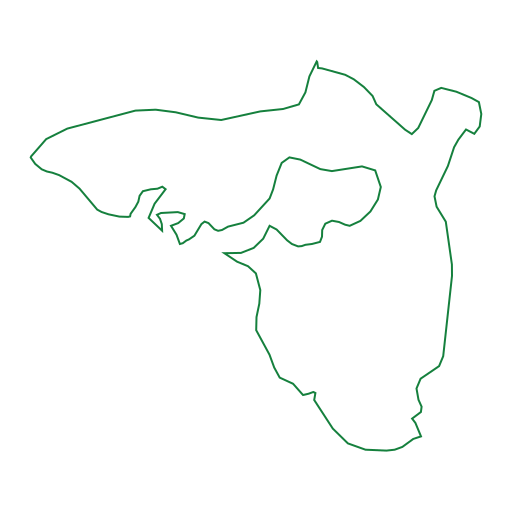 the border of Sorsogon
{"feature_id": "PHL-2541", "entity_name": "Sorsogon", "entity_type": "Province", "adm_level": 1, "iso_a3": "PHL", "parent_name": "Philippines", "parent_adm1": "", "projection": "albers", "projection_center": [123.877, 12.827], "detail": "fine", "context": "isolated", "style": "outline", "palette": "green", "viewbox_px": 512, "rotation_deg": 0, "n_neighbors": 0, "source": "natural_earth", "source_scale": "10m", "svg_char_len": 2044}
<svg xmlns="http://www.w3.org/2000/svg" viewBox="0 0 512 512"><path d="M316.7,61.4L317.2,62.0L318.1,68.0L322.0,68.4L345.2,74.8L353.8,79.3L364.0,87.1L372.6,96.0L376.3,104.3L405.1,129.7L411.8,134.1L418.2,128.0L431.8,100.1L434.4,90.8L441.2,87.9L456.3,91.7L471.5,98.0L478.9,102.1L481.3,114.0L479.7,126.5L474.3,133.8L466.0,129.5L458.4,139.6L454.1,147.2L447.9,166.0L436.2,190.3L434.5,196.3L436.6,206.7L445.8,221.7L451.9,264.5L452.0,275.9L443.2,356.2L439.1,366.1L420.6,378.7L416.5,388.5L418.5,399.8L421.6,406.7L420.9,412.0L412.1,418.6L415.4,422.9L421.0,436.4L413.3,438.9L402.4,446.9L394.7,449.7L386.5,450.6L365.5,449.7L347.9,443.4L332.8,428.6L314.2,400.0L315.4,393.0L313.2,392.0L308.7,393.7L303.0,395.0L293.1,383.8L279.7,377.6L274.2,367.5L269.5,354.7L256.2,330.2L256.5,317.1L259.3,303.7L260.3,290.1L255.9,273.4L248.0,266.2L237.1,261.7L224.4,253.2L241.0,252.9L253.7,247.9L263.2,238.7L269.6,225.8L276.6,229.5L287.1,240.3L291.9,244.0L298.1,246.4L301.7,246.1L305.4,244.8L311.9,244.0L320.0,241.9L322.0,236.7L322.2,230.0L325.3,223.7L332.0,220.7L339.0,222.0L345.1,224.7L349.7,225.8L360.4,220.9L370.4,211.5L377.9,199.5L380.8,187.0L375.2,170.4L362.0,166.4L331.9,171.1L320.3,169.1L300.3,159.6L289.4,157.4L281.7,162.9L276.6,175.6L273.1,189.4L269.6,198.5L254.2,215.3L243.5,222.7L228.1,226.6L222.0,230.0L218.1,230.8L214.4,229.3L208.5,223.1L204.6,221.6L201.4,224.1L194.4,235.7L188.8,239.5L186.4,240.5L182.8,243.2L179.9,244.0L176.5,234.7L171.0,225.8L178.2,223.1L183.8,218.5L184.7,214.1L177.8,212.1L161.0,213.0L157.0,214.8L160.0,218.8L161.8,224.1L162.1,230.7L148.6,217.9L154.6,203.7L165.6,189.2L162.3,186.7L157.5,188.7L150.8,189.3L142.9,191.2L139.6,195.8L138.3,201.7L135.4,207.1L130.6,213.8L130.1,216.4L128.2,216.9L119.4,216.6L108.5,214.3L101.6,212.0L97.2,209.6L79.5,188.6L71.7,181.9L59.1,175.1L52.3,172.7L46.9,171.5L41.7,169.3L35.2,163.9L30.7,157.5L31.1,156.4L46.2,139.1L67.3,128.6L135.4,110.6L155.7,109.7L175.8,112.3L198.2,117.6L221.2,120.0L260.3,111.4L283.0,109.0L298.9,104.4L305.4,92.4L309.4,76.4L316.7,61.4Z" fill="none" stroke="#15803d" stroke-width="2"/></svg>